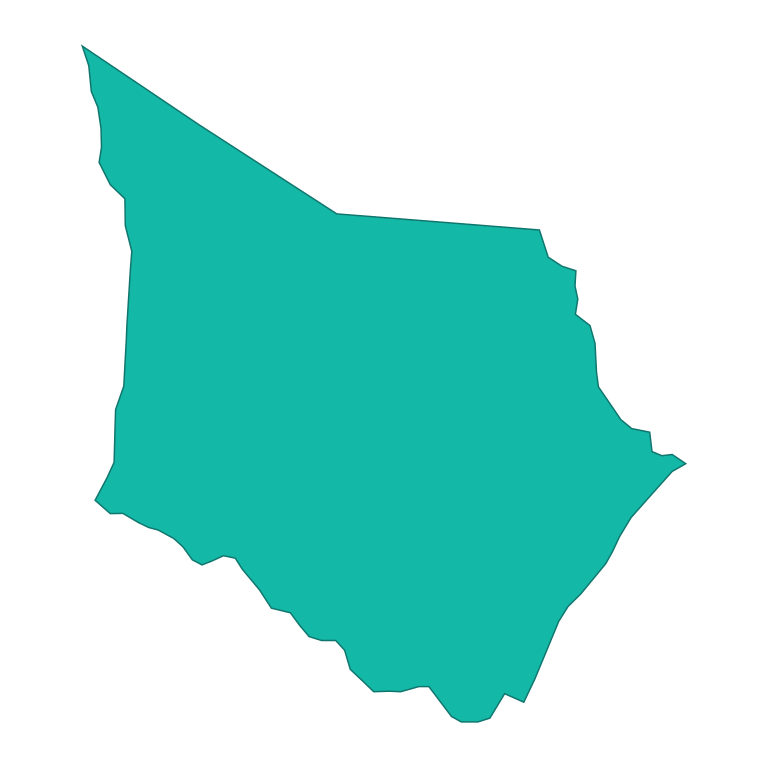 outline of Itajá, Rio Grande do Norte, Brazil
{"feature_id": "56859067B91180635159801", "entity_name": "Itajá", "entity_type": "district", "adm_level": 2, "iso_a3": "BRA", "parent_name": "Brazil", "parent_adm1": "Rio Grande do Norte", "projection": "equal_earth", "projection_center": [-36.809, -5.683], "detail": "fine", "context": "isolated", "style": "filled", "palette": "teal", "viewbox_px": 768, "rotation_deg": 0, "n_neighbors": 0, "source": "geoboundaries", "source_scale": "gbopen_adm2", "svg_char_len": 1166}
<svg xmlns="http://www.w3.org/2000/svg" viewBox="0 0 768 768"><path d="M95.1,500.3L110.3,513.6L122.9,513.4L138.5,522.6L148.7,527.5L158.1,530.0L173.8,538.5L183.0,546.9L192.3,559.8L202.0,564.9L211.9,561.0L223.5,555.7L235.3,558.2L242.5,569.5L251.3,580.0L259.6,590.0L271.4,608.2L290.4,612.8L299.6,625.3L309.1,636.6L321.6,640.5L335.7,640.5L344.6,650.2L350.3,669.4L363.7,682.0L373.7,691.7L389.0,691.2L400.7,691.7L418.8,686.6L428.9,686.6L451.5,716.5L461.2,721.9L478.0,721.9L489.9,718.1L504.6,693.7L523.8,702.2L535.0,678.6L558.8,621.2L568.1,606.4L580.9,593.8L605.8,563.6L612.4,551.8L619.5,536.7L631.1,517.5L651.6,494.4L672.2,471.4L685.7,463.7L672.2,454.5L661.9,455.7L652.0,451.6L649.7,432.2L631.7,428.6L620.8,419.6L610.5,404.5L598.4,386.8L596.5,372.2L595.0,343.3L590.0,325.6L575.4,314.3L577.8,299.2L575.0,286.1L575.9,270.8L561.9,266.2L548.2,257.2L539.4,230.0L336.8,213.9L198.6,124.5L82.3,46.1L88.8,65.8L91.3,91.4L97.9,107.3L101.0,128.3L101.5,147.3L99.1,162.4L110.3,184.7L124.9,198.8L125.3,225.7L131.8,251.3L130.3,270.8L126.9,325.6L126.3,339.9L123.8,386.1L115.6,409.6L115.1,425.5L114.1,462.4L106.9,478.0L95.1,500.3Z" fill="#14b8a6" stroke="#0f766e" stroke-width="1.5"/></svg>